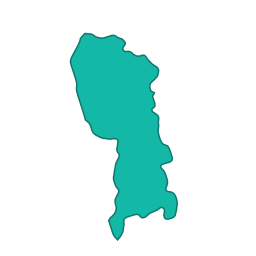 the district of Arenoso, Duarte, Dominican Republic, rotated 252°
{"feature_id": "3306468B79017025460716", "entity_name": "Arenoso", "entity_type": "district", "adm_level": 2, "iso_a3": "DOM", "parent_name": "Dominican Republic", "parent_adm1": "Duarte", "projection": "orthographic", "projection_center": [-69.786, 19.183], "detail": "fine", "context": "isolated", "style": "filled", "palette": "teal", "viewbox_px": 256, "rotation_deg": 252, "n_neighbors": 0, "source": "geoboundaries", "source_scale": "gbopen_adm2", "svg_char_len": 3842}
<svg xmlns="http://www.w3.org/2000/svg" viewBox="0 0 256 256"><g transform="rotate(252 128 128)"><path d="M24.8,83.5L26.7,86.5L27.5,87.6L29.0,89.2L30.5,90.7L32.3,91.9L34.7,92.9L37.4,94.3L38.6,94.7L40.9,95.3L41.9,95.8L42.4,96.1L42.8,96.7L43.1,97.3L43.2,97.9L43.5,99.3L43.6,102.2L43.5,106.8L43.3,109.0L42.9,110.3L42.6,110.8L42.3,111.3L41.8,111.6L39.5,112.5L38.7,113.1L38.1,114.1L37.9,115.2L37.9,116.5L38.2,117.7L39.7,121.0L40.1,122.4L40.4,124.6L40.9,129.7L41.3,131.7L42.1,133.7L42.2,134.7L42.1,135.3L41.8,135.8L41.1,136.6L40.1,137.2L39.5,137.3L38.9,137.3L37.7,137.1L34.7,135.5L33.5,135.1L32.3,135.0L31.7,135.0L30.5,135.3L30.0,135.7L29.6,136.2L29.3,136.8L28.9,138.1L28.8,140.2L28.9,142.3L29.1,143.6L29.6,144.9L30.0,145.4L30.4,145.9L31.4,146.5L34.9,148.7L37.3,149.7L40.7,151.4L42.8,151.9L44.3,152.1L46.5,152.2L48.7,152.1L50.1,151.8L50.8,151.6L52.0,151.0L52.9,150.2L53.7,149.3L55.0,146.7L55.6,145.9L56.5,145.2L57.5,144.9L58.1,145.0L59.2,145.5L62.1,147.8L63.3,148.5L64.7,149.0L67.0,149.3L70.9,149.4L73.2,149.3L74.8,149.1L76.9,148.5L79.3,147.3L80.4,147.1L80.9,147.1L81.5,147.3L82.0,147.6L82.4,148.1L82.8,149.3L82.9,151.4L82.7,156.6L82.8,157.9L83.0,158.6L83.3,159.2L83.7,159.8L84.2,160.2L84.8,160.5L86.1,160.9L88.2,161.0L92.8,161.0L95.0,160.9L97.1,160.6L98.4,160.2L98.9,159.8L99.3,159.5L101.0,157.3L101.8,156.5L102.9,155.9L103.5,155.6L105.0,155.3L106.5,155.1L108.8,155.0L112.7,155.2L114.2,155.3L115.7,155.6L117.0,156.1L119.8,157.5L121.0,157.9L124.2,158.7L127.5,160.1L128.7,160.4L130.0,160.3L131.2,159.9L132.3,159.2L135.3,156.8L136.4,156.3L137.5,156.2L138.0,156.3L138.4,156.6L138.8,157.0L139.0,157.4L139.9,159.6L140.2,160.0L140.7,160.4L141.2,160.6L141.8,160.8L143.2,161.1L147.7,161.1L150.5,161.1L153.3,164.0L156.2,161.2L158.9,161.2L160.2,161.4L161.5,161.8L162.6,162.5L163.5,163.3L164.2,164.3L165.5,167.2L167.5,170.9L168.2,171.9L169.1,172.6L172.1,174.4L173.2,174.9L174.5,175.0L175.8,174.8L177.0,174.2L178.1,173.4L180.7,171.2L181.8,170.5L184.2,169.4L186.9,168.0L188.1,167.6L190.4,167.0L191.5,166.5L191.9,166.1L192.3,165.6L192.7,164.5L192.8,163.3L192.8,161.4L193.3,159.5L193.6,158.9L194.2,157.9L195.5,156.6L197.2,155.4L198.2,154.9L198.7,154.6L199.9,153.5L200.5,152.5L200.8,151.9L201.5,149.2L201.7,148.7L202.1,148.2L202.6,147.9L203.1,147.7L204.2,147.5L205.3,147.7L205.8,147.9L206.3,148.2L206.6,148.6L207.7,150.3L208.4,151.0L209.3,151.6L209.8,151.7L210.9,151.6L211.9,151.2L213.3,150.5L214.3,149.9L214.7,149.5L215.1,149.1L216.4,147.2L217.2,146.3L218.0,145.6L219.8,144.2L220.1,143.8L220.7,142.7L221.0,141.4L221.1,139.3L221.1,133.4L221.3,132.0L221.6,130.6L222.4,128.9L224.3,125.9L225.1,125.1L226.5,124.2L227.4,123.5L228.6,122.1L229.2,121.0L231.2,116.3L230.2,114.4L227.9,110.4L226.9,110.0L225.8,109.3L223.7,107.5L220.7,104.6L213.8,97.4L211.8,95.5L210.1,94.3L208.9,93.8L207.5,93.5L205.5,93.4L192.3,93.4L187.6,93.2L186.1,93.0L184.6,92.6L182.0,91.4L180.5,90.9L179.0,90.6L177.4,90.5L173.3,90.4L155.9,90.3L152.7,90.2L149.0,90.0L145.8,91.9L144.6,92.5L144.0,92.7L142.0,93.0L137.2,93.0L135.1,93.2L133.8,93.6L133.2,93.9L131.5,95.0L129.5,96.9L127.6,98.9L126.3,100.5L125.6,101.7L124.6,104.1L123.4,106.3L123.0,107.4L122.7,108.7L122.3,111.2L121.9,112.4L121.6,112.9L120.9,113.8L120.4,114.1L119.9,114.4L119.3,114.5L118.8,114.5L117.8,114.1L116.3,113.3L114.0,112.3L111.9,111.1L110.8,110.6L110.2,110.5L109.0,110.5L107.9,110.7L106.0,111.4L105.4,111.4L104.9,111.3L104.3,111.1L103.8,110.8L102.8,110.1L98.9,106.3L97.3,105.0L96.1,104.4L93.8,103.3L91.1,101.7L88.7,100.7L86.0,99.2L84.8,98.7L83.4,98.4L82.1,98.3L78.6,98.3L76.5,98.5L75.3,98.8L72.6,99.7L72.1,99.8L71.6,99.9L71.0,99.8L70.5,99.6L69.9,99.3L68.9,98.5L65.1,94.7L63.4,93.5L62.8,93.2L61.5,92.8L60.2,92.6L56.8,92.4L55.5,92.1L54.3,91.6L53.2,90.9L51.7,89.7L50.9,88.7L50.1,87.7L49.4,86.6L48.1,83.7L47.3,82.6L46.1,81.1L35.4,81.0L31.6,81.1L30.1,81.4L28.8,81.8L24.8,83.5Z" fill="#14b8a6" stroke="#0f766e" stroke-width="1.5"/></g></svg>